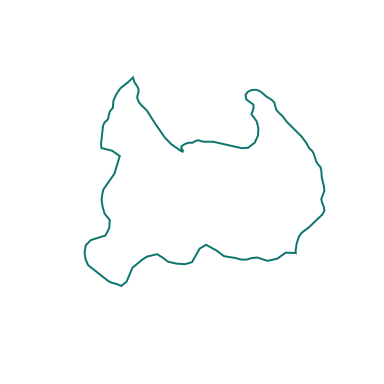 an SVG outline of Bokeo, rotated 127°
{"feature_id": "LAO-3271", "entity_name": "Bokeo", "entity_type": "Province", "adm_level": 1, "iso_a3": "LAO", "parent_name": "Laos", "parent_adm1": "", "projection": "orthographic", "projection_center": [100.56, 20.309], "detail": "fine", "context": "isolated", "style": "outline", "palette": "teal", "viewbox_px": 384, "rotation_deg": 127, "n_neighbors": 0, "source": "natural_earth", "source_scale": "10m", "svg_char_len": 1748}
<svg xmlns="http://www.w3.org/2000/svg" viewBox="0 0 384 384"><g transform="rotate(127 192 192)"><path d="M158.5,79.9L163.4,79.7L170.2,77.4L176.5,73.9L178.4,72.4L178.6,72.9L184.1,80.7L193.8,83.7L201.5,90.2L205.0,100.3L208.7,104.5L213.4,108.0L216.6,112.5L218.6,117.6L224.0,127.8L224.0,137.3L225.7,149.0L232.5,151.8L248.1,149.8L254.0,154.3L258.6,161.4L262.1,169.3L262.1,176.7L262.7,182.5L270.6,189.0L275.2,190.8L288.2,194.0L302.9,190.3L309.6,191.9L310.9,197.1L313.0,202.0L313.5,205.6L313.0,230.7L309.9,236.4L305.1,241.3L298.5,244.8L291.3,243.9L278.8,234.9L270.6,236.4L263.9,240.8L261.9,248.8L257.6,254.5L252.5,259.6L248.0,262.2L243.3,264.3L224.0,265.0L206.8,271.3L207.1,280.6L211.4,290.8L208.3,293.6L193.4,302.5L191.4,303.3L188.6,303.7L185.7,303.0L183.6,303.2L181.4,304.4L177.1,306.1L172.6,305.8L166.2,309.8L159.1,311.3L152.0,311.6L142.8,309.1L136.0,308.0L138.8,304.4L141.1,298.1L142.6,296.1L144.2,295.0L148.3,293.3L150.2,292.0L152.2,288.5L153.1,284.9L154.1,277.1L159.5,262.7L164.8,246.7L166.3,237.7L165.9,226.1L165.5,223.8L164.5,224.1L163.4,227.1L161.8,227.9L158.3,226.7L154.9,224.5L153.3,222.6L152.6,221.4L149.0,219.8L147.4,218.7L146.6,217.4L145.5,214.3L144.5,212.5L139.1,205.3L127.0,178.5L122.8,173.8L114.8,171.6L107.1,173.3L100.8,177.6L96.6,183.0L94.2,191.1L93.8,191.5L92.6,191.7L87.9,193.4L87.3,193.8L85.3,195.6L85.4,204.4L82.2,207.7L78.4,207.7L74.6,205.7L71.7,202.2L70.5,197.7L71.0,189.9L70.6,186.1L70.5,183.0L71.1,179.9L73.5,177.1L75.6,174.0L76.5,170.0L77.0,165.2L79.0,158.1L81.7,138.1L84.0,130.3L86.7,124.3L86.7,121.4L88.2,117.8L92.9,111.1L94.0,108.2L94.8,104.5L97.0,101.7L102.7,96.7L108.2,89.9L111.5,87.0L119.8,84.5L122.4,81.5L124.3,78.0L127.2,75.1L131.2,74.3L149.5,77.3L158.5,79.9Z" fill="none" stroke="#0f766e" stroke-width="2"/></g></svg>